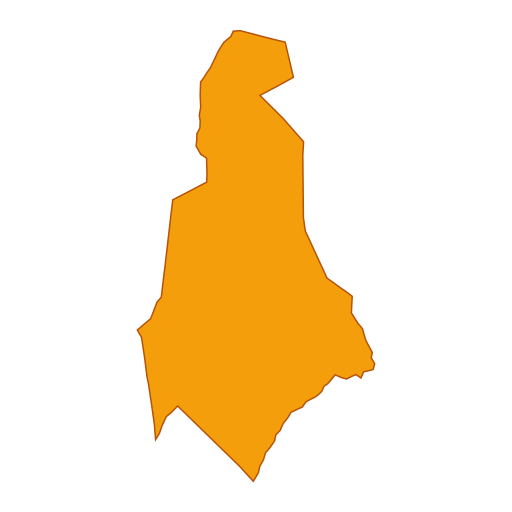 outline of Limoeiro, Pernambuco, Brazil
{"feature_id": "56859067B67992367076064", "entity_name": "Limoeiro", "entity_type": "district", "adm_level": 2, "iso_a3": "BRA", "parent_name": "Brazil", "parent_adm1": "Pernambuco", "projection": "equal_earth", "projection_center": [-35.441, -7.838], "detail": "fine", "context": "isolated", "style": "filled", "palette": "amber", "viewbox_px": 512, "rotation_deg": 0, "n_neighbors": 0, "source": "geoboundaries", "source_scale": "gbopen_adm2", "svg_char_len": 1338}
<svg xmlns="http://www.w3.org/2000/svg" viewBox="0 0 512 512"><path d="M172.8,199.8L171.4,211.0L165.3,263.8L163.6,277.6L161.3,297.1L157.0,302.2L150.7,318.6L137.3,330.0L141.5,337.4L144.5,356.9L146.9,376.1L148.5,384.0L151.7,405.5L154.3,423.9L155.6,439.6L159.5,433.2L161.9,426.1L166.3,416.6L170.5,413.2L177.7,406.0L214.2,441.6L239.1,465.8L253.3,481.3L258.4,472.7L259.7,466.5L263.4,459.9L265.6,452.7L270.0,447.6L274.7,440.7L275.8,435.0L280.2,430.3L283.2,423.5L288.1,417.3L290.9,412.4L298.1,408.9L302.1,407.2L306.1,401.7L310.8,399.2L314.9,397.2L318.3,394.7L321.7,391.4L324.0,386.3L327.6,383.8L331.4,379.5L335.1,374.8L341.2,377.5L346.7,379.0L351.6,376.4L356.0,374.6L361.0,378.0L363.7,371.7L368.4,370.8L373.1,369.5L374.7,363.7L371.2,357.8L372.3,352.5L365.9,340.6L362.4,328.6L357.9,323.3L351.4,312.9L352.2,296.3L345.7,291.4L339.7,287.3L333.2,282.5L327.1,278.2L305.3,231.0L303.4,217.6L302.8,155.1L303.6,141.8L294.7,131.7L282.9,118.2L259.9,95.4L279.8,84.8L293.4,77.3L285.2,42.2L273.4,39.3L262.0,36.4L240.3,30.7L233.3,31.1L230.8,36.5L223.8,42.4L218.8,50.2L215.2,57.7L210.5,67.6L206.5,73.3L204.0,77.4L200.6,82.0L200.3,90.6L200.2,96.6L200.7,107.1L199.3,115.4L200.2,120.9L199.9,128.0L196.9,133.7L196.7,140.6L196.1,146.0L200.8,154.4L206.5,158.0L207.0,173.8L206.7,182.1L184.4,193.8L172.8,199.8Z" fill="#f59e0b" stroke="#b45309" stroke-width="1.5"/></svg>